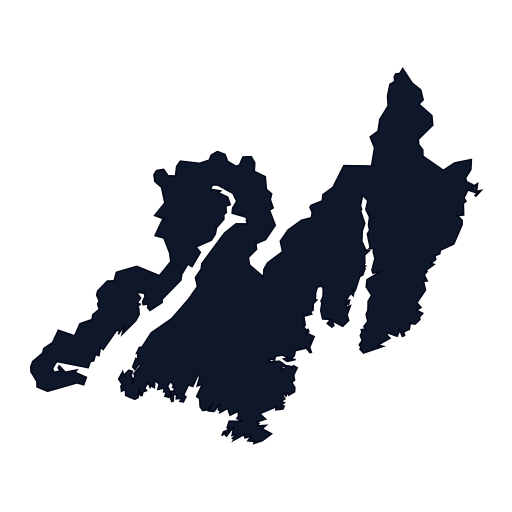 Lødingen nor, Nordland, Norway (orthographic projection)
{"feature_id": "86288312B56909660985265", "entity_name": "Lødingen nor", "entity_type": "district", "adm_level": 2, "iso_a3": "NOR", "parent_name": "Norway", "parent_adm1": "Nordland", "projection": "orthographic", "projection_center": [15.635, 68.46], "detail": "fine", "context": "isolated", "style": "filled", "palette": "ink", "viewbox_px": 512, "rotation_deg": 0, "n_neighbors": 0, "source": "geoboundaries", "source_scale": "gbopen_adm2", "svg_char_len": 6073}
<svg xmlns="http://www.w3.org/2000/svg" viewBox="0 0 512 512"><path d="M83.7,384.8L86.4,377.3L75.0,372.3L77.0,369.9L65.3,372.2L59.3,365.8L58.1,367.8L60.2,370.9L54.1,372.3L52.5,368.5L56.7,361.5L88.2,367.7L90.3,361.8L93.8,360.7L95.4,354.6L99.0,355.7L100.4,347.6L103.2,349.5L116.8,330.1L119.4,331.3L118.3,334.4L124.4,325.2L122.0,334.4L135.7,320.8L139.1,314.7L138.9,308.6L137.5,306.9L140.2,304.2L137.2,303.0L140.7,298.0L137.4,293.7L138.2,292.4L144.3,293.3L145.1,296.3L142.5,301.7L143.2,304.7L148.2,304.1L147.6,307.7L150.0,310.5L162.2,302.5L162.0,299.4L180.9,280.1L181.8,274.3L187.9,264.2L192.0,266.7L200.4,252.3L195.9,247.0L211.4,240.2L215.3,234.2L216.5,227.8L223.9,219.2L223.8,214.7L226.3,212.5L225.9,206.0L230.3,204.7L227.6,197.0L218.6,192.9L220.7,190.9L210.4,189.2L212.4,185.0L217.9,185.1L232.9,193.4L236.7,201.3L232.6,208.0L232.1,213.2L245.2,216.9L247.4,219.5L246.3,220.5L247.5,223.8L236.0,223.8L224.3,233.2L201.8,263.7L201.1,269.1L195.4,277.6L197.4,286.6L188.1,299.7L171.8,318.5L151.2,332.8L142.0,347.1L139.3,347.4L136.5,353.4L137.9,353.1L137.5,360.7L135.9,358.5L132.6,366.8L134.9,369.6L139.1,364.0L140.8,365.5L133.9,373.5L134.8,375.9L132.3,384.9L133.1,379.0L131.1,376.2L132.4,371.2L128.8,370.2L123.6,375.3L122.7,371.6L118.6,379.1L122.3,384.5L120.9,386.1L121.5,391.3L125.2,389.4L125.7,395.5L134.7,399.3L138.1,397.6L139.3,388.0L139.3,393.8L140.6,395.4L142.0,391.6L142.0,396.2L143.0,391.9L146.6,390.6L144.7,388.3L148.1,382.5L150.1,387.5L153.0,382.5L151.6,386.2L154.4,387.7L154.9,380.3L159.2,384.1L157.8,389.5L164.4,388.0L163.5,391.9L166.1,392.0L164.9,396.3L168.6,397.3L170.7,392.5L167.5,386.1L170.8,381.3L173.5,385.5L172.1,387.8L174.3,386.3L173.9,391.6L171.7,391.2L170.2,397.4L171.7,401.6L173.3,401.0L173.5,394.7L176.6,394.4L176.2,398.9L181.6,398.3L179.9,401.4L183.3,402.0L186.0,396.9L183.7,394.9L188.5,384.9L192.8,386.5L197.5,376.1L200.0,375.8L197.1,386.1L202.3,384.1L196.6,396.6L199.6,398.5L200.1,406.8L202.6,410.5L208.0,409.9L212.9,403.0L208.5,410.9L214.0,411.5L220.4,403.1L218.2,409.8L221.3,411.8L218.8,413.2L227.7,408.4L230.0,415.3L238.1,411.2L238.5,416.3L236.8,418.4L242.1,421.3L229.2,421.1L227.5,426.5L229.4,427.5L227.3,428.0L229.1,429.5L223.5,431.8L221.8,435.7L225.9,432.1L225.2,434.9L226.5,436.2L233.9,426.4L232.0,435.5L236.6,433.6L232.4,438.5L234.1,439.2L233.3,440.5L243.8,434.7L245.0,437.9L251.3,436.2L247.8,440.8L254.4,441.5L253.8,443.5L262.3,440.7L271.6,433.8L262.2,428.8L266.2,425.3L257.5,425.9L259.0,423.4L256.3,422.2L265.7,419.1L259.7,413.7L276.3,406.8L275.7,409.8L282.9,409.1L284.3,406.1L280.5,405.5L284.5,402.7L281.0,401.3L284.9,398.9L282.5,394.9L283.2,393.1L286.0,396.1L287.5,392.4L288.8,395.2L294.6,391.8L294.9,387.5L291.8,382.3L294.6,380.2L293.7,375.1L297.3,367.8L293.4,365.6L291.3,369.2L292.1,366.7L287.7,365.8L280.5,371.4L282.3,368.5L281.4,367.0L286.1,365.7L279.5,361.2L268.0,361.9L271.0,359.1L268.0,358.0L274.5,360.1L275.6,356.2L282.6,355.2L288.0,357.5L283.4,359.0L287.3,361.5L295.6,359.5L290.5,358.9L294.3,355.9L295.3,350.7L306.3,348.1L310.0,352.7L311.4,352.3L309.7,347.3L314.2,336.6L306.3,333.0L308.9,331.8L308.1,329.4L303.5,330.5L305.4,328.9L303.7,326.9L305.1,325.3L302.3,324.4L305.1,323.9L303.8,316.3L311.8,314.1L310.3,311.5L313.1,310.3L313.3,303.6L316.8,300.1L315.5,300.0L315.6,292.9L317.5,286.9L322.2,286.2L323.2,289.5L323.0,296.5L320.9,301.3L321.9,302.5L320.7,310.6L322.6,319.0L330.5,319.4L327.2,323.5L331.9,327.1L333.9,325.6L332.3,320.7L342.7,326.4L348.7,320.5L347.1,314.9L350.4,305.7L346.8,307.3L345.5,303.8L348.5,304.6L349.8,300.1L346.0,300.4L350.7,293.3L353.2,295.8L353.9,292.3L352.5,291.0L355.5,291.2L351.6,289.0L355.6,289.5L359.8,276.5L362.8,275.0L365.1,268.5L364.1,266.2L365.4,265.9L363.7,264.9L364.9,263.0L364.6,255.2L369.4,250.6L365.7,249.9L361.9,241.3L362.3,230.8L364.8,223.5L360.5,210.5L361.7,209.4L360.5,206.0L362.6,195.3L367.8,200.6L365.8,209.5L369.5,217.1L368.5,225.1L369.6,230.5L367.3,233.9L370.1,247.5L369.0,248.7L374.2,248.8L373.1,251.5L374.9,258.4L371.9,270.1L372.9,273.2L380.7,271.5L367.0,279.6L366.2,286.9L371.6,295.3L368.1,301.3L367.9,310.0L366.1,314.3L367.7,321.4L363.8,326.6L365.9,329.0L361.2,329.6L361.9,332.2L360.3,335.6L362.2,340.4L359.3,344.7L361.1,348.1L359.9,349.1L363.5,353.1L383.3,346.3L377.8,345.2L390.0,338.2L386.4,334.3L388.2,333.1L397.2,336.3L399.8,330.1L402.3,336.4L404.6,335.5L403.8,331.8L409.3,329.4L410.3,323.4L415.0,324.2L420.0,319.4L419.3,317.4L422.8,313.3L416.5,310.1L421.1,307.5L416.9,302.8L425.5,290.1L423.5,281.3L427.3,280.9L424.2,274.9L427.1,271.5L425.4,270.8L434.2,264.4L430.8,263.2L435.8,259.5L435.0,255.7L439.7,253.9L440.5,250.2L453.8,244.0L462.2,224.5L462.2,220.3L457.5,215.8L463.7,215.0L463.4,203.4L466.1,201.2L463.9,198.1L467.9,190.0L477.3,193.2L475.0,195.3L475.9,196.2L481.3,190.4L476.5,191.3L477.7,183.5L472.1,186.8L472.8,184.7L466.7,181.7L465.6,178.0L470.9,169.5L471.4,159.5L454.6,162.9L443.3,170.3L422.9,156.1L422.8,149.9L418.7,144.5L418.4,139.3L432.8,125.1L431.9,115.7L418.9,104.1L423.2,99.9L420.8,90.0L412.1,83.0L402.7,68.5L399.8,73.4L395.6,73.9L394.2,76.8L394.8,81.4L389.9,84.3L387.5,96.1L388.1,105.9L379.8,119.3L378.0,131.1L370.1,136.9L374.5,147.7L371.5,166.0L343.8,165.6L333.0,187.2L322.8,194.7L322.3,200.8L310.9,205.4L309.9,207.5L312.2,212.3L311.3,217.7L301.6,220.2L288.0,230.0L280.3,241.2L282.5,251.6L267.6,262.8L263.9,269.3L263.4,276.8L249.6,265.0L248.3,257.5L256.6,249.3L256.0,243.7L265.6,239.6L275.3,225.3L269.5,210.1L273.2,207.9L270.3,199.6L271.7,193.9L266.4,189.3L265.3,176.7L254.3,171.4L254.8,162.8L251.3,156.7L243.0,156.9L239.4,165.1L236.1,166.2L227.7,161.4L225.0,154.4L217.4,151.5L211.2,155.1L209.2,160.1L199.5,163.3L180.3,161.1L176.6,166.5L175.5,175.9L168.1,175.8L163.6,169.3L156.6,170.5L153.9,174.6L154.8,181.4L161.5,187.3L164.8,202.9L154.6,215.5L164.9,219.3L162.2,220.2L155.0,235.6L163.9,238.1L169.6,252.8L170.8,261.5L159.4,275.6L136.7,266.3L116.3,272.3L114.1,280.8L107.3,281.0L97.7,290.9L96.6,295.2L99.2,301.0L97.6,303.9L99.2,309.3L92.8,314.7L92.0,319.5L79.9,323.7L74.6,335.8L58.3,330.2L52.5,342.6L43.8,348.4L42.6,353.1L32.8,361.4L30.7,366.7L31.0,371.8L36.9,381.5L37.0,386.9L47.6,391.3L76.9,382.9L83.7,384.8Z" fill="#0f172a" stroke="#020617" stroke-width="1.5"/></svg>